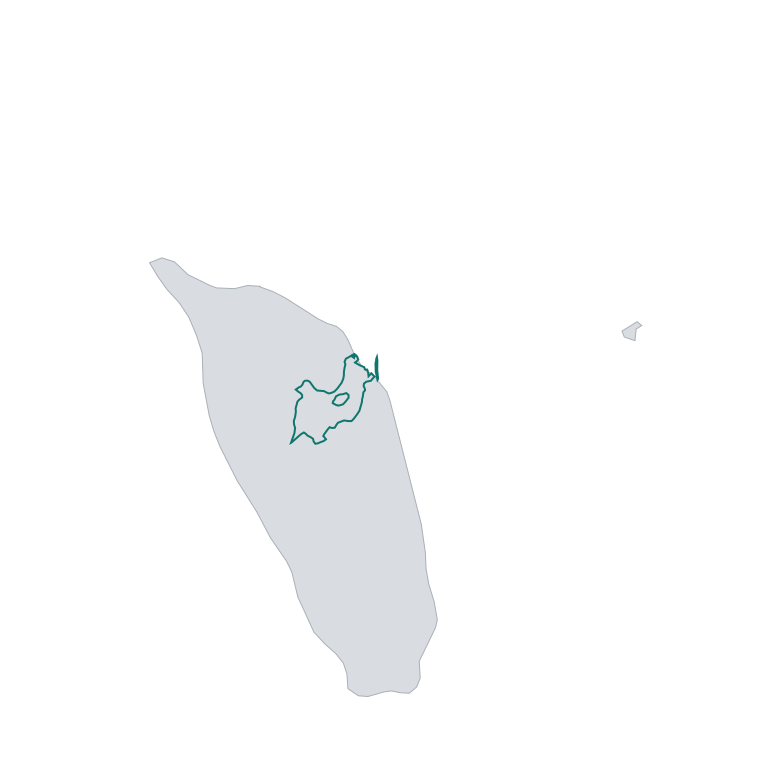 Taiwan, with Chiayi highlighted, rotated 138°
{"feature_id": "TWN-1170", "entity_name": "Chiayi", "entity_type": "County", "adm_level": 1, "iso_a3": "TWN", "parent_name": "Taiwan", "parent_adm1": "", "projection": "robinson", "projection_center": [120.419, 23.433], "detail": "fine", "context": "in_parent", "style": "outline", "palette": "teal", "viewbox_px": 768, "rotation_deg": 138, "n_neighbors": 0, "source": "natural_earth", "source_scale": "10m", "svg_char_len": 2619}
<svg xmlns="http://www.w3.org/2000/svg" viewBox="0 0 768 768"><g transform="rotate(138 384 384)"><path d="M498.5,528.5L490.7,545.8L484.4,564.0L481.8,581.3L482.0,599.0L480.2,615.1L477.1,631.0L464.7,626.4L458.0,615.0L456.5,596.4L447.5,573.8L444.1,567.4L431.2,554.8L419.5,548.5L410.4,539.2L411.6,540.0L404.9,527.4L399.8,514.1L389.3,476.2L385.7,467.1L380.8,458.7L379.5,450.5L381.1,441.3L385.7,427.6L388.4,413.7L386.2,395.0L387.1,376.3L390.5,368.1L450.2,254.7L466.4,230.6L476.3,218.7L484.6,205.4L492.5,188.5L502.2,173.0L509.1,168.3L543.3,154.4L553.9,141.2L562.5,137.0L572.2,137.3L578.4,143.6L584.0,151.1L589.9,155.1L605.0,162.5L611.7,169.5L614.7,181.7L605.6,193.3L601.0,203.7L600.2,215.2L601.9,230.8L602.1,246.5L590.6,283.2L578.3,306.0L575.0,317.4L571.3,345.7L564.1,374.1L557.9,410.1L547.8,447.1L542.1,462.6L535.0,477.5L517.9,505.5L498.5,528.5ZM168.5,248.3L174.0,258.1L171.7,264.1L154.2,260.9L153.3,255.0L159.8,256.1L168.5,248.3Z" fill="#d9dde1" stroke="#a8b0b8" stroke-width="1"/><path d="M385.1,425.7L386.9,425.6L388.5,424.8L389.2,425.1L388.8,423.4L387.7,424.3L386.8,424.0L385.6,424.0L385.6,422.3L386.8,419.4L388.6,419.2L391.2,419.3L389.4,413.9L387.4,409.7L388.3,407.9L388.3,406.9L386.9,406.1L387.1,405.2L387.9,404.1L388.3,402.8L390.3,400.1L386.2,400.4L386.1,395.9L386.5,395.9L391.7,395.2L395.7,397.6L398.6,397.7L400.5,396.1L401.3,393.5L402.3,392.0L404.9,391.6L408.3,388.7L410.4,387.4L412.3,385.5L420.1,380.6L423.6,379.6L429.7,378.4L433.0,378.2L435.6,380.6L438.0,383.6L444.1,386.0L445.9,385.7L449.9,384.5L452.2,386.2L453.3,388.3L456.4,387.9L462.0,386.7L463.9,386.0L463.9,384.3L464.1,381.7L464.3,381.7L467.3,382.1L470.5,383.4L472.5,384.0L475.0,385.5L474.8,388.2L473.4,390.8L474.0,393.3L475.3,396.6L475.5,399.6L476.0,401.6L479.7,402.3L492.1,402.4L492.5,402.5L483.5,407.4L479.5,410.8L477.8,414.3L475.7,416.9L472.0,419.1L468.1,422.3L466.0,425.0L460.1,428.8L457.2,429.1L453.9,428.7L452.2,430.6L452.1,433.1L452.8,435.4L453.3,438.9L449.2,438.4L447.5,437.8L445.0,438.1L442.4,439.4L440.6,439.3L438.4,437.5L437.7,435.2L438.5,427.9L438.1,424.0L433.3,418.8L432.4,416.2L431.4,414.0L429.5,412.8L426.0,411.6L421.9,411.8L414.6,413.3L410.8,415.1L407.9,417.4L405.6,419.9L402.4,422.5L399.6,424.4L398.4,426.9L395.4,428.3L391.9,427.4L387.6,426.7L385.1,425.7ZM428.0,406.9L431.3,405.5L433.5,405.2L434.9,404.1L433.7,400.6L432.5,398.6L430.5,397.4L427.8,396.3L424.0,396.7L419.5,397.5L417.7,399.6L418.1,402.5L421.1,403.8L424.5,406.1L428.0,406.9ZM373.1,406.0L379.8,398.8L384.9,391.8L386.1,391.4L381.7,399.0L379.6,401.3L378.2,403.1L376.4,405.1L374.9,406.1L372.8,408.0L371.2,408.8L373.1,406.0Z" fill="none" stroke="#0f766e" stroke-width="2"/></g></svg>